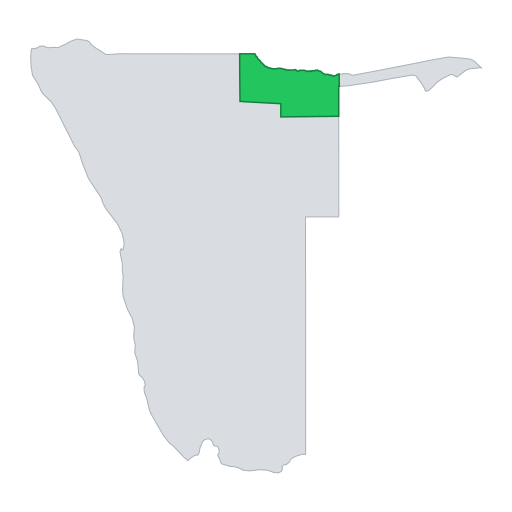 Namibia, with Kavango highlighted
{"feature_id": "NAM-3354", "entity_name": "Kavango", "entity_type": "Region", "adm_level": 1, "iso_a3": "NAM", "parent_name": "Namibia", "parent_adm1": "", "projection": "mercator", "projection_center": [19.863, -18.289], "detail": "fine", "context": "in_parent", "style": "filled", "palette": "green", "viewbox_px": 512, "rotation_deg": 0, "n_neighbors": 0, "source": "natural_earth", "source_scale": "10m", "svg_char_len": 4182}
<svg xmlns="http://www.w3.org/2000/svg" viewBox="0 0 512 512"><path d="M418.8,62.6L425.9,61.1L432.7,59.8L440.6,58.4L446.9,57.3L448.5,57.0L463.8,58.3L470.4,59.2L472.7,60.1L475.7,62.4L481.3,67.9L479.9,67.7L469.6,68.9L465.7,70.4L457.0,77.0L455.2,76.1L453.1,74.8L451.3,74.4L447.5,76.0L443.7,77.9L439.5,80.5L436.0,83.2L434.9,84.6L429.4,90.0L427.6,90.9L426.1,91.3L425.4,91.0L424.7,88.7L421.4,83.2L416.0,76.1L414.5,75.4L413.4,75.1L409.4,75.5L397.9,77.5L388.1,79.2L373.2,82.1L357.2,84.4L347.3,85.9L338.7,86.3L338.7,93.4L338.7,107.7L338.7,122.1L338.7,136.5L338.8,150.9L338.8,165.4L338.8,179.9L338.8,194.5L338.8,209.1L338.9,215.5L338.6,216.9L333.6,216.9L322.5,216.9L313.1,216.9L305.5,216.9L305.5,225.6L305.5,235.9L305.5,246.2L305.5,256.6L305.5,267.0L305.6,277.4L305.6,287.8L305.6,298.3L305.6,308.7L305.6,316.6L305.6,317.6L305.6,333.0L305.6,349.4L305.6,365.8L305.6,382.3L305.6,398.9L305.6,415.6L305.6,432.3L305.6,449.1L305.6,454.4L302.2,454.3L295.3,456.4L290.9,459.1L289.0,462.4L286.5,464.4L283.4,465.1L282.0,466.8L282.4,469.4L281.1,471.5L278.3,472.9L273.8,472.5L267.6,470.2L259.7,469.7L250.0,470.9L243.1,470.3L238.9,468.0L234.4,466.7L229.7,466.4L226.9,465.4L221.3,463.7L220.2,460.8L219.6,458.6L218.0,456.3L217.8,454.4L219.1,453.0L219.2,450.7L218.3,447.5L216.8,446.0L214.6,446.1L213.2,444.8L212.7,442.3L211.4,440.4L208.3,438.5L204.2,440.0L202.2,442.2L201.1,445.6L200.1,447.3L199.6,450.2L199.3,452.2L198.3,454.4L197.2,455.3L196.1,454.9L194.0,455.8L189.3,459.0L188.0,460.7L184.3,457.6L173.4,446.1L169.5,443.1L163.8,436.1L151.2,414.3L149.4,410.1L147.0,399.6L144.3,391.9L144.0,387.4L145.3,384.9L144.5,381.5L143.0,378.4L138.8,374.4L137.5,361.1L134.7,352.5L135.3,345.4L133.9,338.9L133.8,334.8L134.4,327.0L132.1,318.0L127.4,309.2L123.2,296.5L122.6,291.0L123.1,276.2L122.3,270.1L122.3,263.1L120.7,255.7L120.0,251.7L121.1,248.6L121.8,249.6L123.0,250.0L123.9,245.8L124.1,242.1L122.0,233.0L117.3,223.7L105.7,208.5L102.8,202.8L101.2,198.0L88.3,178.1L82.7,164.1L78.9,152.1L74.7,146.5L55.2,107.7L50.9,101.5L43.2,94.1L41.4,91.6L38.4,84.6L32.5,75.2L31.1,66.4L30.7,56.5L31.4,48.9L36.7,48.1L40.4,46.1L43.8,46.0L47.1,47.6L50.6,47.7L51.9,47.4L58.2,47.6L61.8,45.8L66.1,44.0L68.6,42.4L72.0,40.8L76.6,39.1L79.2,39.3L82.4,39.9L86.7,40.5L89.1,41.6L92.0,45.2L96.4,48.4L99.6,50.3L103.4,52.8L104.5,53.8L106.1,54.3L107.1,54.5L114.1,54.1L120.4,53.7L127.1,53.8L139.9,53.8L152.6,53.8L165.3,53.8L178.1,53.8L190.8,53.9L203.5,53.9L216.3,53.9L229.0,53.9L234.2,53.9L243.3,54.0L252.9,54.2L253.9,54.4L255.0,55.0L255.9,55.7L259.3,60.1L263.6,64.8L267.2,67.0L271.5,68.3L275.5,68.8L279.3,68.4L285.5,69.0L294.2,70.5L303.3,71.0L312.7,70.4L319.3,71.2L323.1,73.5L327.1,75.0L331.1,75.8L336.5,75.4L343.3,73.6L349.1,73.8L351.8,75.1L353.4,75.2L363.4,73.3L371.5,71.8L383.6,69.5L393.6,67.5L408.4,64.6L418.8,62.6Z" fill="#d9dde1" stroke="#a8b0b8" stroke-width="1"/><path d="M239.7,53.8L244.2,53.8L252.7,53.8L254.5,53.8L254.8,53.8L254.8,54.0L254.9,54.4L255.2,54.5L255.4,54.7L255.9,56.0L256.0,56.4L256.9,56.7L258.0,58.9L258.1,59.3L258.6,59.5L260.3,61.0L260.6,61.8L260.8,62.2L261.1,62.5L261.7,62.8L262.0,63.0L263.9,65.0L264.6,65.9L265.0,66.3L266.3,66.6L269.3,68.1L273.7,68.9L276.5,68.8L277.6,68.3L278.3,68.2L278.7,68.2L279.7,68.4L281.2,68.3L281.7,68.6L287.0,70.2L292.7,70.1L294.6,69.7L295.4,69.6L296.0,69.8L296.3,70.4L296.6,70.7L297.3,71.0L298.1,71.3L298.6,71.3L298.8,71.1L299.2,70.5L299.4,70.3L304.7,70.3L305.9,71.0L307.1,71.4L307.4,71.5L309.3,71.3L310.2,71.3L310.7,71.2L311.1,71.0L311.4,71.3L311.9,70.9L312.7,70.7L313.6,70.7L314.4,71.0L315.5,70.1L315.9,70.3L316.3,70.3L317.4,70.1L317.8,70.2L319.1,71.3L320.0,71.1L320.8,71.4L321.6,72.1L322.2,72.8L322.5,73.1L323.7,73.7L324.7,74.4L325.1,74.6L325.9,74.4L327.2,74.3L328.4,74.4L329.0,74.7L329.2,75.0L329.8,75.3L330.3,75.4L330.5,75.2L330.8,74.9L331.4,75.1L332.4,75.6L333.1,76.2L333.9,76.2L334.9,75.8L336.0,75.6L336.5,74.7L339.1,73.9L339.3,86.3L338.7,86.3L338.7,87.3L338.7,88.8L338.7,90.2L338.7,91.6L338.7,93.0L338.7,94.5L338.7,95.9L338.7,97.4L338.7,98.8L338.7,100.2L338.7,101.7L338.7,103.1L338.7,104.5L338.7,106.0L338.7,107.4L338.7,108.8L338.7,110.3L338.7,114.7L338.7,116.3L280.8,116.9L280.8,103.7L246.2,101.8L240.0,101.4L239.7,67.0L239.7,53.8Z" fill="#22c55e" stroke="#15803d" stroke-width="1.5"/></svg>